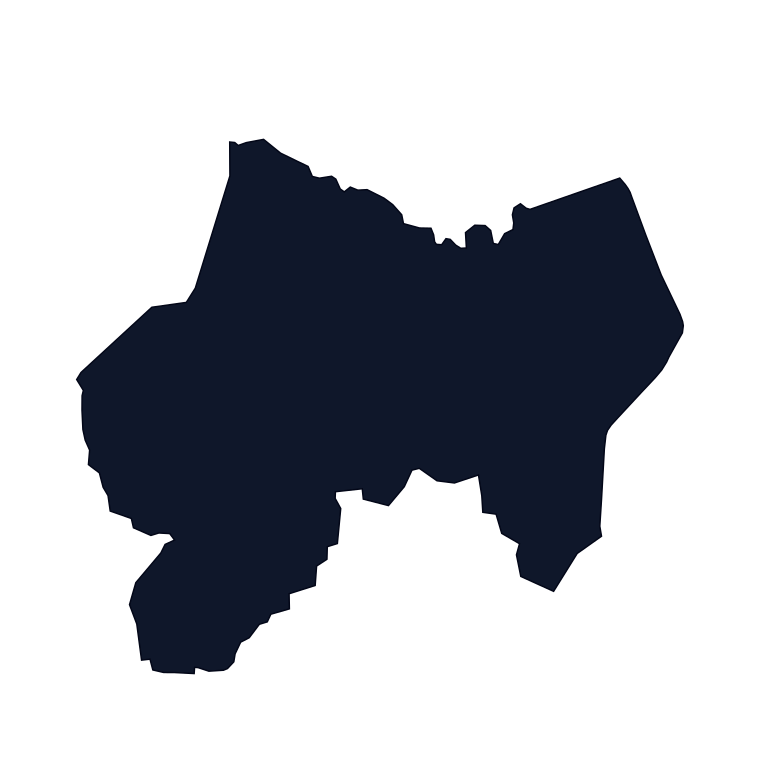 Dolores, Soriano, Uruguay, rotated 172°
{"feature_id": "84410073B84851743743013", "entity_name": "Dolores", "entity_type": "district", "adm_level": 2, "iso_a3": "URY", "parent_name": "Uruguay", "parent_adm1": "Soriano", "projection": "robinson", "projection_center": [-58.32, -33.574], "detail": "fine", "context": "isolated", "style": "filled", "palette": "ink", "viewbox_px": 768, "rotation_deg": 172, "n_neighbors": 0, "source": "geoboundaries", "source_scale": "gbopen_adm2", "svg_char_len": 1928}
<svg xmlns="http://www.w3.org/2000/svg" viewBox="0 0 768 768"><g transform="rotate(172 384 384)"><path d="M121.9,555.1L164.8,546.6L215.1,536.6L218.8,538.3L223.8,543.5L230.7,540.3L233.3,533.7L233.1,525.4L234.8,519.0L243.6,516.1L251.4,506.2L256.2,508.0L257.0,521.2L261.8,526.8L272.0,528.6L282.2,522.6L283.5,507.2L289.1,507.7L293.7,511.6L298.3,518.0L302.4,519.3L307.5,513.9L312.7,515.0L314.1,517.8L314.1,524.8L315.8,531.7L327.0,533.5L342.4,540.1L342.9,549.1L350.4,560.4L358.1,568.0L373.7,578.8L382.9,579.6L390.0,583.7L396.6,579.8L400.2,583.2L403.2,593.6L407.0,597.0L419.3,596.8L426.1,599.5L428.9,610.0L439.0,616.7L454.3,627.0L469.2,643.0L486.8,642.2L495.2,640.5L498.2,643.9L503.1,645.1L507.6,611.6L557.5,505.2L568.4,492.3L603.2,492.3L682.4,437.6L687.7,431.2L682.6,419.5L684.6,414.4L686.7,400.2L688.5,380.8L687.7,370.0L684.7,359.5L687.9,345.3L678.2,335.6L676.5,320.8L672.8,311.9L672.8,296.3L652.9,286.0L652.1,276.5L635.9,266.5L627.7,267.8L617.0,265.7L613.1,258.6L623.1,255.6L628.5,247.7L657.4,221.8L666.7,200.9L662.2,180.8L662.5,144.3L654.0,144.1L652.7,133.0L642.3,129.0L631.4,127.4L612.3,123.7L611.0,129.8L607.5,129.0L597.4,124.0L582.8,122.9L578.6,124.0L571.4,129.8L569.0,137.5L561.9,148.3L552.8,151.5L540.9,163.4L532.7,164.7L528.1,171.8L509.0,174.5L507.2,189.5L480.2,194.1L476.1,213.1L464.9,218.4L462.8,230.8L452.4,232.5L444.2,266.7L448.3,277.5L447.1,284.1L420.1,283.3L420.5,272.9L396.5,263.0L378.2,279.5L368.3,294.8L360.8,295.6L345.0,280.8L328.0,276.2L303.1,280.8L302.7,259.7L304.0,243.2L291.1,239.5L288.2,219.7L272.0,207.0L276.6,196.4L275.3,174.4L244.9,155.1L216.3,189.3L189.8,203.0L190.1,213.1L184.6,239.8L174.8,289.2L171.4,302.4L169.1,307.0L164.8,311.7L157.2,318.0L130.3,339.9L114.6,352.5L107.0,359.3L101.1,366.4L98.1,371.1L86.3,386.7L81.4,393.1L79.5,400.1L79.6,404.2L81.2,411.9L94.3,453.3L104.0,494.9L112.7,535.0L113.6,539.5L115.2,543.7L117.4,548.0L121.9,555.1Z" fill="#0f172a" stroke="#020617" stroke-width="1.5"/></g></svg>